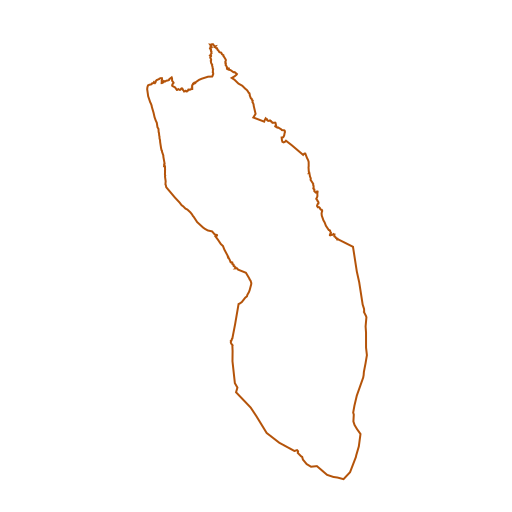 the district of Sigdal nor, Buskerud, Norway, rotated 195°
{"feature_id": "86288312B81209358374385", "entity_name": "Sigdal nor", "entity_type": "district", "adm_level": 2, "iso_a3": "NOR", "parent_name": "Norway", "parent_adm1": "Buskerud", "projection": "albers", "projection_center": [9.585, 60.13], "detail": "fine", "context": "isolated", "style": "outline", "palette": "amber", "viewbox_px": 512, "rotation_deg": 195, "n_neighbors": 0, "source": "geoboundaries", "source_scale": "gbopen_adm2", "svg_char_len": 6073}
<svg xmlns="http://www.w3.org/2000/svg" viewBox="0 0 512 512"><g transform="rotate(195 256 256)"><path d="M113.7,63.1L109.2,71.5L107.5,87.6L107.6,89.4L107.4,98.7L109.0,111.1L113.7,115.0L117.1,118.3L119.1,121.4L120.5,128.1L121.6,129.9L122.2,137.0L122.5,147.3L121.0,166.3L121.2,168.8L121.8,172.0L122.4,180.5L123.2,188.9L126.0,196.0L129.9,210.5L131.9,216.3L133.5,225.4L134.3,226.6L137.1,229.7L137.0,229.8L137.9,232.8L140.4,236.7L149.5,257.3L154.6,267.1L164.7,290.0L181.3,293.4L181.3,293.1L181.8,292.9L182.3,293.5L182.2,293.9L183.5,294.1L183.7,294.5L184.1,294.8L185.4,295.2L185.8,297.1L186.5,296.9L186.9,297.2L187.7,296.2L189.0,295.7L189.5,295.2L190.0,295.2L190.1,295.5L189.9,296.0L190.0,296.5L189.6,296.8L189.6,297.9L190.7,298.9L191.0,299.7L191.5,300.0L192.4,299.9L196.3,303.3L198.4,306.2L200.1,307.9L202.9,312.0L203.7,314.1L203.8,316.1L203.7,316.5L204.0,317.3L204.6,317.7L205.5,317.6L206.6,318.5L206.8,319.0L207.8,319.5L208.8,319.1L209.1,319.5L209.7,319.7L210.1,320.7L209.9,321.4L209.9,322.1L209.7,322.7L209.3,322.9L209.5,323.9L210.2,324.8L211.0,325.2L211.2,325.7L212.6,326.8L212.2,328.8L212.2,329.8L212.9,332.2L213.1,333.8L213.2,334.2L213.7,334.2L214.3,332.8L214.7,332.7L216.5,333.8L216.5,334.4L217.1,335.2L217.0,335.5L218.1,336.0L218.2,336.3L218.1,337.4L218.7,338.9L219.2,339.4L219.4,340.5L223.0,343.7L223.2,345.2L224.4,346.7L226.0,350.1L226.4,349.9L226.3,350.5L226.9,351.3L228.3,355.5L228.3,356.2L229.5,360.5L230.5,362.1L232.2,364.0L234.9,367.7L235.7,367.5L236.1,366.8L236.5,366.6L236.7,365.9L250.0,372.2L256.9,375.1L257.5,373.9L258.7,372.9L260.0,373.1L260.9,374.5L261.9,377.1L260.5,377.7L260.2,378.6L260.0,379.9L260.2,382.2L260.1,383.1L260.5,384.2L261.1,384.7L263.6,384.3L264.5,384.9L268.0,385.9L268.1,385.6L268.6,385.5L271.0,386.2L271.0,386.5L270.4,387.2L270.4,387.5L270.8,387.9L271.5,389.5L271.9,389.8L274.6,388.9L275.4,389.6L276.1,389.7L276.4,390.2L277.0,390.2L277.6,390.6L278.5,389.8L279.4,389.7L280.2,390.0L280.2,390.3L280.8,390.9L281.1,390.7L282.3,391.5L282.4,391.2L282.3,390.8L282.7,389.8L282.9,387.9L294.4,389.1L293.2,393.2L297.0,400.3L297.6,401.8L298.3,402.8L299.3,403.8L299.4,405.3L300.4,405.8L300.9,406.8L301.8,407.0L303.7,409.7L303.9,410.6L304.6,411.6L305.3,411.7L306.4,412.9L308.0,414.1L309.5,414.7L313.3,416.9L317.6,418.0L322.4,420.7L325.5,421.7L323.2,424.0L321.7,426.1L321.5,426.8L324.2,428.1L324.7,427.7L325.6,427.8L328.8,429.0L329.9,428.9L330.9,430.2L331.1,430.1L331.0,429.5L331.2,429.1L331.6,429.3L332.0,429.1L332.5,429.3L332.9,430.9L333.3,431.1L333.9,432.0L334.7,432.5L334.8,433.7L335.2,433.9L335.1,434.2L335.6,434.9L335.5,435.2L335.9,435.6L335.7,436.9L336.0,437.8L338.4,440.1L339.1,440.5L339.4,441.5L341.1,442.1L342.2,443.4L343.9,443.4L344.8,443.9L345.4,444.8L346.4,445.1L347.3,446.5L348.0,446.3L348.9,447.0L349.9,447.1L349.5,448.0L349.9,447.8L351.3,448.5L352.2,449.4L353.3,449.2L354.3,448.4L355.0,448.3L354.0,447.4L353.5,447.3L352.8,446.1L353.1,445.9L353.3,446.5L353.7,446.6L354.1,446.0L353.6,445.3L354.2,444.6L354.0,444.3L352.9,443.8L352.7,443.0L352.8,442.8L352.5,442.2L352.0,442.1L351.9,441.8L352.0,441.4L351.4,440.3L352.0,438.9L352.0,438.4L351.7,438.2L352.1,437.8L351.6,437.6L351.4,437.9L351.1,437.4L351.1,437.2L351.6,436.6L351.7,436.2L351.0,435.0L350.6,434.8L350.2,434.2L350.0,433.2L350.2,432.7L349.9,432.4L349.5,431.2L348.8,430.2L347.9,429.6L347.7,428.5L346.9,427.4L346.5,426.1L345.8,425.4L345.9,425.0L345.3,422.8L345.4,422.4L344.7,421.6L344.4,420.7L344.6,420.1L344.5,419.1L344.8,418.0L348.7,416.8L354.3,413.2L356.6,411.4L359.6,407.8L359.7,407.5L359.5,407.3L359.9,406.8L360.5,406.5L360.8,407.0L361.4,406.2L361.2,405.5L361.7,404.9L361.8,404.0L361.4,402.9L361.6,402.5L361.2,402.2L360.8,400.8L362.3,400.1L362.9,399.4L363.7,399.5L364.4,399.3L364.6,398.4L364.5,398.2L364.9,397.9L365.4,397.0L366.7,397.4L367.3,396.6L368.1,396.3L368.4,396.8L369.5,397.5L370.4,398.6L371.0,398.8L371.6,398.3L371.9,397.2L372.2,396.9L372.7,396.7L374.3,397.1L375.1,396.0L375.4,395.9L377.8,397.9L380.8,398.6L381.1,398.9L381.2,399.7L381.1,400.4L380.5,401.5L380.5,402.1L382.4,403.6L383.1,405.9L383.7,406.7L385.5,404.4L385.6,403.5L386.6,402.7L387.9,402.2L389.0,401.0L390.3,401.2L390.7,400.0L390.5,399.7L391.6,398.7L391.9,398.6L392.0,399.0L392.2,400.2L392.5,401.0L392.4,402.0L392.9,403.4L394.3,403.0L395.2,402.3L395.4,401.8L397.5,400.2L397.9,399.2L398.2,398.9L398.0,397.6L398.4,396.8L399.6,397.4L399.7,396.6L400.3,396.2L401.0,396.0L401.4,394.8L403.5,393.7L404.5,392.8L404.5,391.7L404.6,391.1L404.3,389.0L401.5,382.4L397.9,377.0L397.2,376.3L396.1,374.8L395.5,373.8L395.4,373.4L392.0,367.8L389.9,363.8L387.9,360.9L386.3,359.0L384.5,354.9L383.1,353.5L382.1,350.5L381.6,349.8L380.6,347.1L380.2,346.5L379.6,344.6L378.7,343.1L378.1,341.3L375.6,335.6L374.6,333.7L374.2,333.5L373.7,332.3L371.6,329.2L371.1,327.7L368.2,321.6L368.5,320.9L368.3,320.6L368.1,319.3L367.6,319.7L367.0,318.7L366.4,316.5L366.1,315.7L366.0,314.8L365.6,313.6L365.1,311.3L364.5,310.2L364.6,309.8L364.3,308.8L362.6,304.8L362.0,301.7L361.5,301.2L360.5,299.2L349.5,291.5L343.7,287.9L341.0,285.8L339.1,285.1L336.4,283.5L334.3,283.1L330.7,281.2L328.4,279.5L327.4,278.4L326.4,277.8L321.6,273.5L314.5,269.8L312.4,269.0L309.2,268.2L304.8,268.4L301.4,266.1L299.2,266.2L299.0,265.9L299.2,265.2L300.2,264.4L297.0,261.9L293.0,258.4L290.5,257.1L288.3,254.1L282.8,248.2L283.0,248.0L282.4,247.0L281.7,246.9L280.1,245.1L279.0,243.5L278.5,243.3L277.8,243.7L277.2,243.6L276.8,242.2L275.7,242.0L275.3,241.7L275.3,240.9L275.0,240.5L274.1,240.5L273.6,239.9L272.9,239.8L272.1,239.2L272.4,238.8L271.1,239.2L269.8,238.2L261.4,237.2L256.5,232.4L256.1,231.7L254.9,230.8L253.5,228.6L253.3,227.1L253.3,221.3L253.5,219.3L254.3,216.3L254.3,214.7L255.6,213.0L257.8,207.8L259.4,205.9L260.4,205.1L258.5,184.4L257.5,170.2L257.8,169.8L257.8,168.2L258.3,167.6L258.0,167.2L258.1,166.9L258.1,166.3L257.3,165.0L255.5,163.7L255.6,163.2L254.0,158.1L251.5,148.3L243.5,127.7L239.9,124.1L240.0,119.2L221.9,108.2L214.1,101.3L199.9,87.8L185.1,81.6L168.4,77.6L166.1,79.1L164.8,78.3L164.7,76.6L160.6,74.2L159.4,73.9L158.0,71.5L153.2,68.1L148.3,66.7L142.8,68.8L130.7,63.0L124.1,62.6L119.9,63.1L113.7,63.1Z" fill="none" stroke="#b45309" stroke-width="2"/></g></svg>